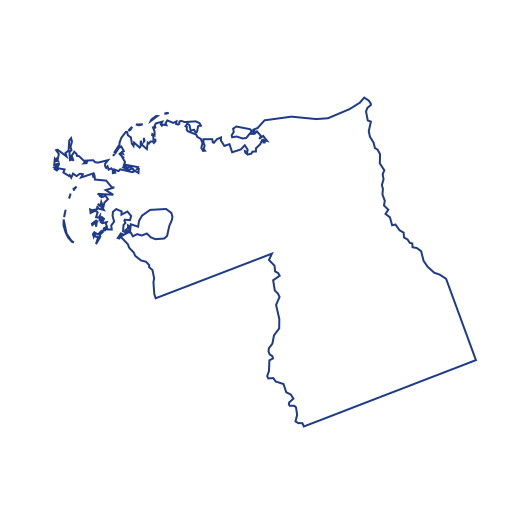 an SVG outline of Louisiana, rotated 159°
{"feature_id": "USA-3535", "entity_name": "Louisiana", "entity_type": "State", "adm_level": 1, "iso_a3": "USA", "parent_name": "United States of America", "parent_adm1": "", "projection": "equal_earth", "projection_center": [-90.64, 30.971], "detail": "fine", "context": "isolated", "style": "outline", "palette": "blue", "viewbox_px": 512, "rotation_deg": 159, "n_neighbors": 0, "source": "natural_earth", "source_scale": "10m", "svg_char_len": 6168}
<svg xmlns="http://www.w3.org/2000/svg" viewBox="0 0 512 512"><g transform="rotate(159 256 256)"><path d="M378.6,322.3L374.1,325.5L373.0,324.4L374.7,323.8L374.1,322.8L366.8,323.8L364.5,322.7L363.9,318.5L359.1,319.0L355.3,316.1L349.8,316.1L347.5,311.1L344.0,307.8L335.4,305.2L331.8,306.6L326.2,315.1L321.5,319.9L319.9,322.7L319.6,326.6L323.1,332.1L338.4,337.0L348.0,334.5L352.5,330.8L355.6,325.6L361.5,330.5L364.9,323.8L365.4,325.0L363.6,329.2L364.5,330.4L365.4,328.0L368.4,326.9L366.8,325.0L369.4,324.8L371.2,326.8L368.6,332.4L366.1,333.6L366.2,336.2L365.5,336.9L360.8,334.6L358.2,338.1L360.1,343.6L366.8,342.8L365.5,345.8L369.7,349.9L373.7,348.5L375.5,345.0L376.1,339.0L380.2,336.4L381.2,332.4L385.1,334.0L385.1,335.7L387.7,334.0L389.1,334.8L388.2,336.3L384.6,336.9L384.6,339.9L383.3,341.1L387.8,341.7L388.8,343.3L388.1,344.6L386.9,344.9L386.4,343.5L384.6,345.2L386.0,347.6L388.9,346.1L387.3,349.5L389.1,348.2L391.4,349.5L388.2,353.5L390.5,357.1L387.8,356.6L386.1,359.5L386.5,357.1L381.6,353.5L381.9,355.1L378.3,360.2L373.8,362.1L374.9,366.1L379.0,366.2L379.8,367.3L378.5,367.3L381.6,370.8L367.3,364.3L372.7,371.4L363.7,370.8L366.0,371.8L368.9,380.1L379.0,385.1L378.1,388.2L379.5,388.2L379.3,389.6L377.7,390.5L378.0,391.4L391.2,392.0L388.4,394.4L390.9,395.9L394.9,394.9L397.3,398.5L400.4,395.3L400.9,398.3L401.9,397.7L405.9,403.0L403.7,405.4L408.6,408.4L411.2,407.2L412.6,409.0L411.3,409.6L412.6,410.8L410.0,411.4L410.0,409.6L407.0,412.2L406.9,413.2L411.8,413.2L409.1,418.6L408.7,416.3L406.9,415.7L407.8,419.2L406.4,417.4L403.5,421.9L404.7,426.4L403.1,426.3L397.2,416.8L397.0,420.4L393.1,421.7L389.0,430.7L386.4,432.3L386.8,428.8L390.1,424.3L390.3,421.0L393.0,419.8L395.3,412.1L394.3,412.0L393.4,415.0L392.3,410.2L392.1,415.7L388.3,418.4L386.9,415.4L387.3,413.7L385.4,412.6L381.8,404.9L383.5,404.2L380.9,403.4L380.2,404.3L380.9,406.1L373.6,403.7L372.6,401.2L370.0,399.8L359.8,398.5L363.8,396.2L364.7,393.8L364.3,391.9L362.5,392.9L362.6,389.4L359.7,389.7L358.9,387.5L359.9,384.7L357.6,384.2L357.1,387.4L353.9,384.5L351.7,385.6L341.4,378.6L339.5,378.6L339.6,380.4L336.0,375.6L334.3,379.2L336.0,379.7L334.2,381.2L346.4,388.7L344.6,390.6L345.5,396.5L344.1,394.7L346.8,400.1L345.5,400.7L343.6,399.0L343.7,401.3L341.8,401.3L342.5,406.4L344.6,406.1L342.7,410.8L339.4,414.6L333.0,418.5L332.0,418.1L332.3,414.6L330.3,411.5L331.6,405.4L330.9,402.6L329.2,405.6L325.8,398.9L324.5,399.6L322.3,404.9L322.3,400.1L319.6,394.9L316.4,400.7L315.5,399.4L313.5,400.7L311.3,399.9L310.8,398.1L308.6,399.3L308.3,400.7L310.1,401.3L308.9,404.8L309.7,406.1L309.1,407.0L307.5,404.9L306.1,408.5L306.1,413.8L305.4,411.9L303.9,412.0L303.8,414.1L301.9,415.7L295.4,415.0L297.7,413.1L297.2,411.4L296.0,412.1L292.7,410.2L292.8,412.4L290.2,414.4L285.6,409.9L282.0,410.2L283.3,407.9L281.6,406.6L280.2,406.9L279.4,408.9L277.5,409.0L274.6,406.6L264.0,403.3L261.2,400.4L260.5,396.5L261.2,397.8L263.5,397.9L266.6,393.1L268.1,392.9L268.6,396.1L272.1,396.5L271.2,401.9L272.6,404.2L275.3,402.4L274.3,401.3L275.5,398.5L274.7,396.6L268.3,390.8L268.1,388.2L265.6,385.2L265.5,380.6L268.3,376.5L267.8,373.1L265.9,372.6L266.5,374.6L264.3,377.7L264.5,380.4L263.2,383.9L255.0,380.7L255.6,377.6L254.7,376.8L250.5,379.1L246.2,379.2L247.4,376.5L246.1,370.1L240.7,369.9L241.1,361.4L232.0,360.9L226.8,363.4L225.7,358.3L227.1,355.9L228.7,357.8L228.9,356.3L227.5,353.7L223.7,353.2L221.9,354.7L218.6,353.6L217.5,356.5L211.9,358.9L208.8,362.0L207.8,361.9L208.3,359.3L207.2,358.9L206.1,360.7L204.4,359.5L206.3,365.5L211.0,364.3L208.3,366.1L210.5,372.0L213.6,370.6L215.9,371.4L213.1,372.4L212.7,373.3L214.0,373.8L213.2,374.9L208.6,374.9L199.4,379.6L173.0,373.4L150.6,362.2L139.4,358.8L116.0,359.6L104.2,361.9L98.2,365.1L95.1,360.8L94.2,357.2L94.6,355.8L99.0,354.3L101.5,351.5L103.1,342.5L100.6,340.3L106.0,332.1L106.9,326.6L105.6,319.6L106.3,314.1L104.4,311.8L103.7,306.7L107.2,298.0L105.5,290.0L108.4,287.0L109.5,281.8L113.0,277.2L113.5,273.1L115.9,268.1L116.0,261.3L118.4,257.3L115.9,251.8L120.0,248.9L117.1,244.1L117.9,235.9L114.5,235.4L112.8,228.6L109.8,224.9L111.2,220.3L108.6,217.1L107.7,213.2L105.6,211.7L106.7,208.1L103.0,205.8L100.1,201.3L101.3,191.5L99.6,184.4L95.6,176.5L91.1,172.7L86.7,166.6L88.0,80.0L272.4,79.7L272.6,83.3L276.4,84.8L278.4,87.4L274.5,93.0L272.9,100.4L273.9,102.4L278.2,104.1L278.5,105.6L277.5,107.4L272.2,109.4L273.2,114.3L276.6,117.9L276.2,126.6L282.6,131.8L283.6,135.8L288.4,137.3L288.6,139.9L285.1,144.0L280.9,153.8L276.8,154.3L276.6,156.6L278.5,159.2L278.5,162.3L277.1,165.2L272.1,168.3L267.6,175.5L260.3,180.1L256.8,188.9L254.8,203.1L248.7,209.3L249.0,213.1L250.8,217.0L248.7,227.2L241.0,229.1L241.5,232.2L243.7,234.8L242.2,240.3L245.3,247.6L240.3,252.5L364.8,252.5L364.6,256.8L361.2,268.1L359.1,271.7L357.7,279.9L359.8,284.0L359.0,285.8L360.7,290.0L364.9,293.0L368.7,299.4L368.9,303.1L371.5,309.3L371.4,312.8L374.6,320.6L376.1,322.6L377.4,321.4L378.6,322.3ZM231.7,383.1L227.9,383.9L216.1,376.5L215.2,374.1L222.9,369.6L226.5,370.6L231.3,374.5L235.7,375.4L235.5,377.4L232.3,379.8L231.7,383.1ZM400.6,332.1L400.4,334.8L398.4,336.1L395.9,332.7L391.3,334.8L390.4,333.3L394.3,331.8L394.4,329.8L401.1,324.4L396.6,330.2L398.7,331.5L398.9,334.0L400.6,332.1ZM348.3,386.3L346.9,387.4L344.1,384.4L341.9,384.8L340.1,382.0L343.9,382.1L348.3,386.3ZM421.2,334.0L422.6,335.0L424.8,340.5L425.3,346.4L424.7,353.6L422.5,359.1L424.8,344.7L422.8,336.2L421.2,334.0ZM382.0,355.9L385.2,361.3L383.1,358.9L381.1,361.9L381.1,357.0L382.0,355.9ZM391.1,355.8L395.0,355.4L394.1,358.9L391.1,355.8ZM297.9,422.0L306.0,419.7L305.1,420.6L304.0,421.1L299.0,422.5L297.9,422.0ZM350.4,402.4L350.9,403.6L346.0,407.2L346.4,405.3L350.4,402.4ZM318.4,420.0L321.0,421.8L314.5,419.5L318.4,420.0ZM397.7,343.5L397.6,345.0L393.8,346.0L394.8,344.5L397.7,343.5ZM394.8,340.6L393.7,344.1L391.6,346.3L394.8,340.6ZM325.4,421.0L327.7,418.9L329.4,418.6L329.4,419.2L325.4,421.0ZM402.2,382.2L402.3,384.0L398.7,385.1L401.9,383.4L402.2,382.2ZM319.6,403.0L318.4,406.5L318.8,403.4L319.6,403.0ZM420.2,362.9L417.1,367.4L421.2,361.0L420.2,362.9ZM286.3,420.8L289.0,421.1L290.5,421.6L288.2,421.6L286.3,420.8ZM409.4,377.1L409.9,376.8L406.7,380.7L409.4,377.1ZM352.3,401.3L353.6,400.8L351.9,401.9L352.3,401.3Z" fill="none" stroke="#1e3a8a" stroke-width="2"/></g></svg>